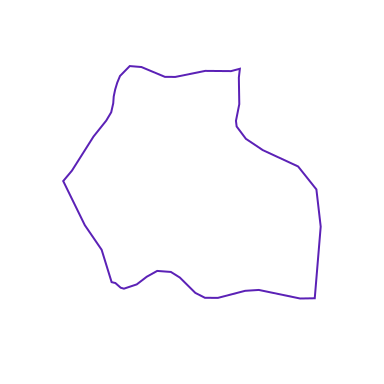 outline of Kalinga, rotated 252°
{"feature_id": "PHL-4931", "entity_name": "Kalinga", "entity_type": "Province", "adm_level": 1, "iso_a3": "PHL", "parent_name": "Philippines", "parent_adm1": "", "projection": "natural_earth1", "projection_center": [121.33, 17.443], "detail": "fine", "context": "isolated", "style": "outline", "palette": "violet", "viewbox_px": 384, "rotation_deg": 252, "n_neighbors": 0, "source": "natural_earth", "source_scale": "10m", "svg_char_len": 690}
<svg xmlns="http://www.w3.org/2000/svg" viewBox="0 0 384 384"><g transform="rotate(252 192 192)"><path d="M242.2,72.9L249.4,84.4L275.2,115.5L286.4,132.5L292.8,139.8L300.7,144.5L307.1,147.1L313.2,150.6L319.1,154.7L324.6,159.4L331.0,171.7L326.5,182.5L309.9,201.8L306.6,211.7L303.1,242.0L294.9,266.5L294.4,275.6L286.3,271.9L260.9,264.1L246.1,255.8L240.5,254.7L225.9,259.7L209.9,272.3L183.5,300.8L156.0,311.1L119.3,303.7L53.0,275.9L57.3,261.9L78.2,225.3L81.6,212.0L83.3,183.9L87.4,171.6L95.0,164.0L114.4,154.0L122.5,147.2L127.7,134.5L125.4,122.8L121.2,110.9L121.1,97.4L123.0,94.6L129.1,91.0L131.1,87.7L165.0,88.2L193.6,79.8L242.2,72.9Z" fill="none" stroke="#5b21b6" stroke-width="2"/></g></svg>